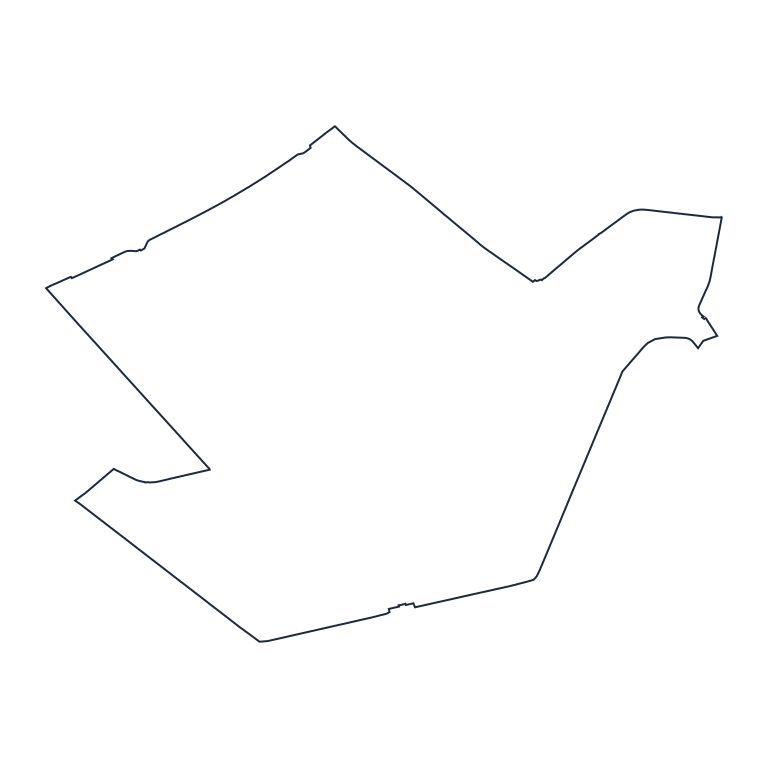 the district of Zeewolde, Flevoland, Netherlands
{"feature_id": "6326949B99557124288359", "entity_name": "Zeewolde", "entity_type": "district", "adm_level": 2, "iso_a3": "NLD", "parent_name": "Netherlands", "parent_adm1": "Flevoland", "projection": "robinson", "projection_center": [5.473, 52.346], "detail": "fine", "context": "isolated", "style": "outline", "palette": "slate", "viewbox_px": 768, "rotation_deg": 0, "n_neighbors": 0, "source": "geoboundaries", "source_scale": "gbopen_adm2", "svg_char_len": 5530}
<svg xmlns="http://www.w3.org/2000/svg" viewBox="0 0 768 768"><path d="M75.1,500.6L80.0,504.0L117.8,533.1L126.4,539.7L130.1,542.6L180.8,581.7L181.5,582.2L207.3,602.1L209.8,604.1L211.9,605.7L221.2,612.8L239.1,626.7L249.0,633.9L259.5,641.7L267.5,641.1L309.4,631.6L362.2,619.6L371.6,617.5L386.6,613.7L389.5,612.1L388.9,608.9L399.0,606.6L398.6,605.3L401.7,604.8L403.6,604.3L405.4,603.8L405.9,605.0L413.4,603.3L415.0,607.3L472.9,594.3L503.6,587.5L510.2,586.0L526.6,581.8L533.6,579.8L536.8,576.2L539.7,570.1L543.6,560.9L558.6,524.9L574.3,487.0L580.2,472.9L591.4,446.0L602.0,420.6L609.7,402.2L619.7,378.2L622.4,371.5L643.6,347.0L647.8,343.0L655.1,339.1L662.2,338.0L664.1,337.7L666.5,337.4L667.3,337.4L668.2,337.3L669.3,337.3L670.1,337.3L670.7,337.3L684.1,337.8L685.2,337.9L686.1,338.0L686.9,338.2L688.0,338.5L689.2,339.0L690.1,339.5L690.7,339.8L691.2,340.2L691.7,340.6L692.3,341.1L692.7,341.5L693.0,341.9L694.9,344.2L696.5,346.2L698.1,348.2L703.2,340.9L704.2,340.5L717.2,335.9L712.3,328.2L707.8,321.3L707.3,320.5L707.0,320.0L707.0,319.9L706.7,319.4L706.2,318.6L705.8,318.3L705.6,318.0L704.2,319.0L702.1,317.4L703.4,316.4L702.7,315.9L701.9,315.3L701.3,314.7L700.7,314.0L700.3,313.6L699.8,312.9L699.4,312.3L699.1,311.6L698.8,310.9L698.6,310.1L698.5,309.2L698.5,308.3L698.5,307.7L698.7,306.8L699.0,306.0L699.3,305.1L701.5,300.2L704.9,292.6L706.8,288.5L707.5,287.0L708.1,285.4L708.6,284.2L708.8,283.5L709.3,282.2L709.7,280.7L710.1,279.2L710.4,277.7L710.7,276.3L710.9,275.2L711.4,272.4L711.9,269.7L714.2,257.4L714.3,256.8L714.4,256.7L715.2,252.1L716.1,247.7L716.6,244.9L718.0,237.4L721.0,221.6L721.2,220.5L721.2,220.2L721.3,219.8L721.9,216.5L721.8,216.8L721.7,216.8L721.6,217.0L721.4,217.1L721.2,217.3L720.9,217.3L720.7,217.4L719.0,217.4L716.1,217.3L714.1,217.3L713.2,217.3L712.2,217.3L711.3,217.2L710.5,217.1L706.9,216.7L688.5,214.6L676.7,213.3L675.4,213.2L674.7,213.1L674.2,213.0L673.7,212.9L673.2,212.9L670.9,212.6L659.1,211.3L650.9,210.3L650.7,210.3L649.0,210.1L648.8,210.1L647.9,210.0L645.7,209.8L644.8,209.7L643.9,209.7L643.0,209.6L642.0,209.6L641.1,209.6L640.2,209.7L639.3,209.7L638.3,209.8L637.4,210.0L636.6,210.1L635.7,210.3L634.8,210.5L634.2,210.6L633.4,210.8L632.6,211.1L631.9,211.4L631.1,211.6L630.4,212.0L629.6,212.3L628.9,212.7L628.1,213.1L627.4,213.5L625.8,214.7L623.8,216.1L621.1,218.1L619.8,219.1L618.8,219.8L616.3,221.7L611.9,224.9L605.0,230.0L600.7,233.2L600.5,233.3L598.9,234.0L598.7,234.1L598.6,234.4L598.6,234.6L598.5,234.8L598.0,235.1L591.1,240.3L585.1,244.7L584.2,245.4L580.2,248.3L579.2,249.1L578.3,249.8L577.3,250.6L576.3,251.4L575.4,252.1L574.6,252.8L564.3,261.5L562.5,263.1L560.8,264.5L559.4,265.7L557.8,267.0L544.8,278.1L544.3,278.1L544.1,278.2L542.3,279.6L542.2,279.7L541.9,280.2L541.1,279.7L540.8,279.6L540.4,279.7L537.6,280.8L537.2,280.9L536.7,281.0L536.3,280.9L536.1,280.9L535.9,280.7L535.0,280.1L532.9,281.8L516.6,270.3L516.3,270.1L516.2,270.0L506.9,263.6L496.5,256.4L491.6,252.9L489.6,251.6L484.6,248.0L483.5,247.2L482.5,246.4L481.4,245.6L480.4,244.8L479.6,244.1L478.9,243.5L478.3,242.9L467.1,233.5L459.6,227.3L452.2,221.1L446.1,216.0L445.8,215.8L445.6,215.7L442.3,212.9L442.2,212.7L441.9,212.5L435.6,207.2L428.2,201.0L420.8,194.8L413.7,188.9L411.0,186.7L409.1,185.2L404.4,181.7L393.0,173.2L381.6,164.8L370.2,156.3L359.0,148.0L355.0,145.0L354.2,144.3L353.3,143.7L352.5,143.0L351.7,142.3L350.7,141.5L348.8,139.8L341.5,132.7L335.1,126.4L334.9,126.3L334.7,126.3L332.5,128.1L330.6,129.5L327.4,131.8L325.6,133.2L316.3,140.5L310.0,145.4L310.6,147.9L303.5,153.2L297.7,154.5L291.9,158.6L288.2,161.3L287.2,161.9L283.5,164.4L281.4,165.8L278.7,167.7L276.4,169.2L272.8,171.6L269.5,173.8L265.8,176.3L263.7,177.6L261.8,178.8L259.0,180.6L257.3,181.7L256.5,182.2L255.2,183.0L253.0,184.3L250.7,185.8L248.4,187.2L245.8,188.7L243.0,190.4L240.0,192.2L239.3,192.6L237.0,194.0L234.5,195.5L232.0,196.9L229.5,198.3L227.0,199.8L224.6,201.2L222.0,202.6L219.5,204.0L217.0,205.4L214.5,206.7L211.9,208.1L209.4,209.5L206.8,210.8L204.3,212.2L201.7,213.5L199.2,214.9L194.1,217.5L191.4,218.9L188.9,220.2L186.3,221.5L183.7,222.8L181.1,224.1L178.5,225.4L175.9,226.8L173.3,228.0L170.8,229.3L169.2,230.1L167.8,230.8L164.7,232.4L161.4,234.0L158.3,235.5L155.3,237.1L152.6,238.4L150.2,239.6L149.6,239.9L148.6,240.7L148.1,241.2L147.8,241.6L147.5,242.0L147.3,242.4L146.3,244.5L145.0,247.3L144.7,248.1L144.2,248.6L143.7,248.9L140.9,250.5L139.9,249.6L137.7,250.8L136.7,251.1L135.7,251.2L134.7,251.1L132.3,250.9L129.8,250.9L129.7,250.9L127.7,251.0L126.2,251.3L124.6,251.9L122.3,253.0L119.4,254.4L116.1,255.9L111.5,258.2L111.6,258.3L112.7,259.4L112.0,259.7L86.6,271.4L76.2,276.2L72.8,277.7L71.9,278.2L71.6,277.9L70.9,276.9L70.4,277.0L68.7,277.8L65.5,279.2L62.3,280.6L59.8,281.8L55.2,283.8L53.5,284.5L51.5,285.4L49.9,286.2L48.3,287.0L46.7,287.8L46.1,288.2L52.8,295.7L56.5,299.8L57.5,301.0L60.2,304.0L60.7,304.5L68.1,312.8L78.5,324.4L86.3,333.0L95.4,343.0L104.5,353.1L113.5,363.0L117.9,367.9L121.9,372.3L122.6,373.1L126.7,377.6L131.6,383.0L149.3,402.6L157.3,411.4L167.1,422.2L176.0,432.0L185.0,442.0L203.4,462.3L203.8,462.7L208.4,467.8L209.0,468.3L209.3,468.5L209.7,469.7L172.5,478.2L159.3,481.4L157.9,481.6L156.8,481.9L155.4,482.1L154.2,482.2L152.6,482.3L151.5,482.4L149.4,482.4L147.7,482.3L146.2,482.2L145.4,482.5L145.2,482.5L144.5,482.0L143.2,481.8L142.9,481.8L142.2,481.6L140.1,481.1L137.7,480.5L136.1,479.9L134.2,479.0L132.4,478.1L130.5,477.2L121.6,472.8L121.4,472.7L119.7,471.8L117.8,471.0L113.7,468.9L113.2,469.3L112.8,469.7L112.1,470.3L101.2,479.6L91.8,487.6L85.8,492.7L80.6,496.5L75.1,500.6Z" fill="none" stroke="#1e293b" stroke-width="2"/></svg>